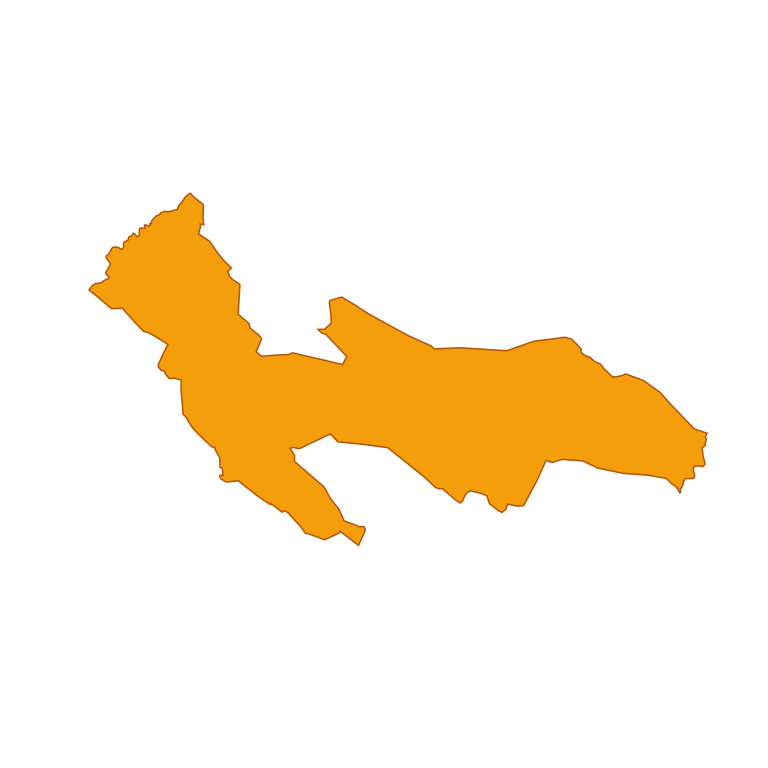 the district of Al Mahwit, Al Mahwit, Yemen, rotated 312°
{"feature_id": "15242507B12276215757938", "entity_name": "Al Mahwit", "entity_type": "district", "adm_level": 2, "iso_a3": "YEM", "parent_name": "Yemen", "parent_adm1": "Al Mahwit", "projection": "equal_earth", "projection_center": [43.551, 15.411], "detail": "fine", "context": "isolated", "style": "filled", "palette": "amber", "viewbox_px": 768, "rotation_deg": 312, "n_neighbors": 0, "source": "geoboundaries", "source_scale": "gbopen_adm2", "svg_char_len": 5563}
<svg xmlns="http://www.w3.org/2000/svg" viewBox="0 0 768 768"><g transform="rotate(312 384 384)"><path d="M256.5,101.8L256.5,102.3L256.6,103.0L256.7,105.1L257.2,113.3L257.6,130.9L265.2,139.0L262.9,159.7L262.3,170.7L264.3,173.7L265.3,177.6L267.8,190.2L268.2,192.4L268.5,197.2L265.4,197.7L249.3,202.6L247.7,203.0L246.5,204.2L245.6,205.0L245.1,209.6L246.6,211.9L245.9,213.6L245.4,214.5L244.3,220.3L246.1,222.7L247.6,223.6L251.3,230.8L243.9,237.0L235.7,245.9L229.9,252.0L227.3,254.7L227.2,255.0L226.6,260.8L225.5,263.0L223.4,270.9L222.7,277.9L222.3,287.3L222.1,298.0L223.7,300.8L222.3,302.1L219.8,309.8L219.3,311.4L212.4,317.8L212.9,320.4L208.4,325.6L206.7,323.3L205.5,323.3L204.4,326.5L205.6,332.2L205.8,332.6L214.6,340.6L216.1,364.6L218.3,380.2L219.5,379.8L220.6,394.2L222.3,393.9L223.7,396.0L224.1,398.7L223.4,405.0L222.8,410.9L222.4,416.6L220.4,425.8L220.5,426.0L221.7,427.2L228.5,444.1L243.9,450.6L245.2,450.0L247.0,473.1L261.2,468.5L263.1,467.6L264.3,466.2L264.4,464.5L263.7,463.5L260.8,460.1L260.6,458.6L255.7,446.3L255.8,445.5L256.1,444.8L260.8,434.3L262.9,421.5L267.4,408.4L266.6,369.3L271.4,365.1L271.6,363.5L273.4,357.2L273.8,357.5L276.1,359.0L279.2,364.3L311.1,377.6L310.1,388.3L326.7,411.0L339.2,429.4L341.9,477.6L341.5,491.4L342.3,493.4L342.8,494.4L343.1,495.2L345.3,497.2L345.7,515.3L346.5,520.3L350.4,520.5L353.9,519.2L358.5,518.2L362.6,519.9L368.3,530.6L369.7,535.4L365.6,542.5L366.4,553.7L367.5,557.6L372.8,558.4L377.4,556.1L382.1,564.3L386.6,568.8L387.9,568.9L394.0,567.4L398.1,566.4L415.0,562.2L435.7,555.5L438.1,561.3L447.1,566.8L459.9,583.3L464.6,599.2L477.5,621.3L492.6,640.8L502.6,656.7L502.6,659.8L502.6,661.0L502.3,664.0L503.1,670.0L501.1,676.7L501.5,677.0L502.0,676.7L503.2,675.7L504.2,674.4L505.8,674.5L507.8,674.0L510.3,673.0L512.2,671.4L512.6,671.8L514.1,671.6L515.6,671.5L516.8,672.6L517.9,674.0L519.2,675.4L520.5,676.8L522.0,677.0L523.5,676.5L524.6,675.2L525.6,673.8L526.5,672.3L528.0,670.6L529.4,669.6L529.7,669.7L530.9,670.1L532.3,671.0L533.6,672.7L534.7,674.5L535.7,676.0L537.2,676.3L538.7,676.3L540.1,675.2L541.3,673.5L542.3,672.1L543.1,670.5L544.6,668.5L545.8,667.3L547.0,666.0L547.9,664.6L549.2,663.5L550.8,663.2L552.5,663.9L554.1,663.3L555.5,661.9L557.2,661.4L558.5,660.6L559.8,658.4L561.8,657.3L563.1,657.1L563.6,657.1L561.4,652.0L558.8,645.8L558.5,644.9L558.3,644.2L560.7,611.0L560.9,609.1L562.5,594.7L560.3,575.0L560.3,574.8L553.2,556.9L549.1,555.0L544.2,551.3L542.2,548.8L542.5,537.5L543.4,532.5L543.7,532.0L541.8,525.8L541.7,525.0L541.7,518.6L540.8,517.7L539.3,512.3L539.4,509.7L540.2,508.5L541.9,507.2L542.5,501.0L543.0,493.4L539.8,487.2L515.7,466.5L490.9,453.0L466.2,421.8L461.8,416.2L446.1,400.3L443.8,398.1L443.9,393.9L436.2,369.8L428.4,337.0L425.9,326.3L423.3,309.5L420.2,294.2L409.9,288.0L408.3,288.6L405.5,291.6L399.6,298.6L393.9,304.0L385.6,303.3L385.1,303.3L382.5,300.6L380.4,298.4L380.0,302.9L382.0,307.4L380.8,322.8L379.5,337.9L370.8,340.2L345.9,295.1L342.0,293.4L333.4,284.6L322.5,274.2L322.6,267.5L335.6,262.8L336.5,258.9L336.0,246.6L338.6,243.4L338.3,229.0L361.7,210.2L360.3,202.0L360.6,197.8L362.9,192.5L368.1,193.0L368.4,184.7L368.8,180.9L370.2,172.3L373.4,158.7L371.4,145.8L378.4,142.2L380.1,140.4L381.7,143.6L386.5,138.1L389.8,135.5L396.1,130.2L396.5,127.4L396.0,123.7L395.8,119.8L395.8,115.4L396.1,112.4L393.9,111.7L391.8,111.4L391.6,111.3L390.3,111.4L388.5,111.4L386.8,111.8L386.4,111.7L385.7,112.0L383.8,112.0L382.5,112.1L381.5,112.0L380.9,112.0L379.8,112.0L379.1,112.3L378.0,112.6L377.3,112.9L376.0,113.3L375.1,113.5L374.4,113.2L373.5,112.5L372.6,111.5L372.2,111.1L371.4,111.2L370.9,111.0L370.3,110.4L369.7,109.9L368.8,109.1L368.1,108.4L367.4,107.9L366.7,107.7L366.3,107.1L366.0,106.1L365.6,105.4L364.9,104.9L364.2,104.7L363.9,104.6L363.3,104.6L362.6,104.1L362.0,103.6L361.4,103.5L360.7,103.5L360.2,103.8L359.5,103.8L358.8,103.6L358.0,103.0L357.2,102.7L356.6,102.4L356.3,102.2L355.4,102.2L354.5,102.2L353.4,102.1L351.9,102.1L350.8,102.2L349.7,102.2L349.2,102.4L348.7,103.2L348.2,103.6L347.8,103.7L347.5,103.8L347.1,103.3L346.9,103.0L346.5,102.7L346.0,103.3L345.5,103.7L345.0,103.9L344.8,103.9L344.3,103.9L344.0,103.4L343.7,102.7L343.1,101.3L342.7,100.4L342.2,99.8L341.8,99.7L341.2,100.3L341.0,101.0L340.8,101.6L340.4,102.0L339.8,102.0L339.3,101.8L338.8,101.2L338.7,101.0L338.3,100.5L338.1,100.0L337.7,99.3L337.3,98.9L336.8,98.6L335.9,98.5L335.2,98.9L333.0,100.7L332.0,101.6L331.1,102.1L330.3,102.7L329.6,102.7L328.5,102.2L328.5,101.5L328.5,100.4L328.7,99.2L328.8,98.1L328.5,97.3L328.2,96.7L327.5,96.7L326.5,97.0L325.6,97.4L324.6,97.6L324.1,97.3L323.6,96.4L322.9,96.0L322.2,96.0L321.5,96.6L320.8,97.2L320.1,97.4L319.7,97.3L319.2,97.3L318.6,96.7L317.9,96.7L317.2,96.7L316.5,96.3L315.9,96.1L315.3,96.1L314.0,96.5L312.8,97.6L312.1,98.2L311.4,98.9L310.6,99.2L309.6,99.2L308.4,99.0L308.4,98.8L308.1,97.8L307.9,96.5L307.7,95.4L307.5,94.7L307.3,94.3L307.1,94.0L306.7,93.7L306.4,93.1L305.6,92.3L304.6,91.3L303.8,91.0L303.0,91.0L302.2,91.0L301.3,91.3L300.8,91.5L298.7,92.0L296.5,92.5L296.1,92.5L295.6,92.5L294.6,91.9L293.4,91.9L292.8,92.0L292.3,92.5L291.8,93.5L291.5,94.4L291.3,95.1L291.1,96.0L290.9,97.2L290.8,98.3L290.7,99.5L290.2,100.3L289.4,100.4L288.0,101.0L287.1,101.4L286.3,101.5L285.3,101.8L283.7,102.1L283.3,102.2L282.4,102.2L281.4,102.3L280.6,102.6L280.0,103.3L279.6,104.1L279.6,104.9L279.6,106.5L279.6,107.7L279.0,108.5L278.3,108.5L277.7,108.7L277.1,108.4L276.6,107.9L275.5,107.5L272.8,106.6L270.5,106.2L268.9,105.4L267.4,104.1L265.9,102.7L264.0,101.8L262.5,101.5L261.1,101.5L259.9,101.4L258.8,101.6L257.9,101.7L257.1,101.8L256.5,101.8Z" fill="#f59e0b" stroke="#b45309" stroke-width="1.5"/></g></svg>